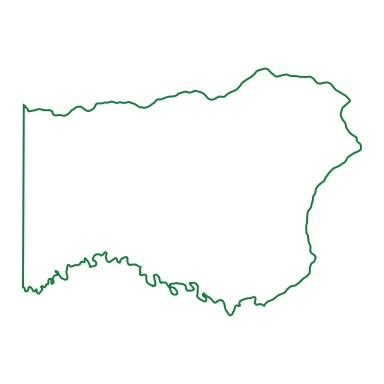 Puerto Carreño, Vichada, Colombia
{"feature_id": "7082276B50420641639319", "entity_name": "Puerto Carreño", "entity_type": "district", "adm_level": 2, "iso_a3": "COL", "parent_name": "Colombia", "parent_adm1": "Vichada", "projection": "mercator", "projection_center": [-67.983, 5.813], "detail": "fine", "context": "isolated", "style": "outline", "palette": "green", "viewbox_px": 384, "rotation_deg": 0, "n_neighbors": 0, "source": "geoboundaries", "source_scale": "gbopen_adm2", "svg_char_len": 5912}
<svg xmlns="http://www.w3.org/2000/svg" viewBox="0 0 384 384"><path d="M23.0,287.3L23.9,287.5L24.4,287.9L24.9,289.2L25.1,290.8L26.1,291.4L27.1,291.2L28.0,290.4L28.8,287.4L29.6,287.0L30.2,287.1L31.2,287.8L32.9,290.1L33.3,291.1L33.8,291.5L34.7,291.4L35.4,290.6L35.8,289.6L36.3,289.5L36.6,289.8L36.8,291.7L37.2,292.8L38.2,293.5L39.1,293.6L42.2,289.8L42.2,288.8L41.1,287.2L41.2,286.7L42.2,286.1L42.7,286.2L43.7,287.1L44.6,287.2L45.6,286.2L46.1,284.7L47.0,284.2L47.9,284.2L48.4,283.2L48.3,280.5L48.9,279.4L49.8,278.8L50.4,278.8L51.0,279.3L51.4,280.6L51.4,283.4L51.6,283.6L52.2,283.8L53.2,283.1L53.6,282.2L53.6,281.3L53.4,280.3L52.5,278.6L52.7,278.1L53.7,276.9L53.8,276.3L54.3,275.8L55.0,275.4L57.0,275.0L57.4,274.6L57.5,274.0L57.0,273.1L55.7,271.9L55.6,271.2L57.3,271.6L57.8,272.1L59.1,274.9L61.2,277.9L64.4,279.5L65.7,279.7L67.3,278.7L67.4,278.2L67.3,275.9L66.6,273.7L66.4,272.0L67.5,265.9L67.9,265.1L68.7,264.9L70.6,266.4L71.3,266.6L75.2,265.1L77.4,265.2L78.6,264.9L80.2,263.8L80.7,262.4L81.3,261.8L84.5,262.0L84.6,259.1L85.0,258.5L85.5,258.4L86.3,259.6L87.7,261.1L88.6,262.5L89.5,264.5L90.1,266.7L90.7,266.9L91.6,266.5L94.5,266.0L95.8,265.2L96.2,264.3L96.3,263.7L96.0,262.5L95.4,261.3L94.3,260.6L93.1,260.4L92.8,260.0L93.1,257.8L94.3,255.8L96.2,254.4L98.7,254.3L99.5,254.3L101.0,255.5L101.6,255.5L103.3,254.4L104.6,252.5L105.7,252.3L106.3,252.6L106.6,253.5L105.8,257.1L105.9,257.8L106.8,260.5L107.8,261.6L109.2,262.0L110.4,261.7L114.0,258.9L115.2,258.3L116.2,258.2L116.8,258.8L117.1,260.4L117.8,262.0L118.8,262.5L119.5,262.6L120.1,262.1L120.0,261.3L120.4,260.3L121.7,258.7L124.5,257.4L126.3,257.0L126.9,257.3L127.4,258.1L127.5,259.5L127.3,261.3L128.2,263.9L129.0,264.6L130.0,265.1L130.8,264.7L135.3,264.5L136.9,265.2L138.2,266.1L140.5,267.0L140.7,267.3L140.6,267.9L139.8,269.4L139.7,270.0L140.6,272.4L139.8,273.3L139.9,274.2L140.9,275.1L142.7,275.1L144.2,274.6L145.0,274.6L145.8,275.1L146.4,276.5L146.3,280.0L146.8,281.8L148.2,283.3L150.7,285.0L152.6,285.7L153.2,285.5L153.5,285.8L153.3,286.2L153.5,286.2L155.5,285.1L155.4,284.8L155.1,284.8L155.5,283.6L155.1,282.9L155.1,281.3L154.4,279.5L154.4,277.6L153.8,275.6L155.1,274.7L156.0,274.7L157.7,275.6L159.1,277.2L160.0,281.5L160.6,282.6L161.3,282.9L161.8,282.4L162.4,282.3L164.9,282.5L166.2,283.1L169.5,287.7L171.5,292.9L172.6,294.0L174.1,294.6L176.0,294.6L177.0,294.0L177.3,292.7L177.2,291.8L175.6,289.2L174.8,288.4L173.5,287.6L171.4,287.2L170.4,286.6L170.0,285.6L169.9,284.9L170.4,284.0L176.0,283.2L182.1,283.9L183.9,284.5L185.1,285.2L185.5,285.7L185.8,286.3L185.9,288.2L186.8,290.2L187.3,290.5L188.3,290.7L192.1,290.5L193.5,289.8L193.9,289.1L193.5,288.2L189.9,283.9L190.1,283.0L193.0,282.8L194.0,282.9L196.1,283.8L197.3,285.1L197.8,286.2L197.6,293.5L197.1,296.0L197.8,297.4L200.8,299.8L204.4,301.5L205.4,301.4L206.0,300.8L206.3,299.7L206.2,298.1L203.2,295.8L202.8,295.0L203.2,293.8L204.0,293.4L204.9,294.6L206.4,295.9L208.7,297.0L210.8,298.6L214.2,302.5L214.9,302.7L216.3,302.2L217.6,301.0L220.1,300.0L222.4,300.6L223.2,301.4L223.9,302.9L224.7,305.6L225.6,309.9L226.8,311.2L227.5,312.6L229.0,314.7L230.0,315.4L230.4,315.4L232.4,314.1L233.1,312.0L233.6,311.4L234.5,309.2L235.1,306.7L235.6,305.8L236.2,305.5L237.3,305.5L238.8,306.0L239.6,305.9L240.0,305.3L239.3,304.3L239.3,302.8L240.3,301.0L242.8,299.7L246.3,298.6L250.4,298.0L253.7,297.1L254.7,297.1L255.4,297.9L255.5,299.5L254.7,303.0L255.2,303.5L255.5,304.1L256.6,304.7L257.2,304.8L258.4,304.3L260.6,304.1L262.3,304.7L264.0,305.8L265.5,303.6L267.7,301.6L273.0,299.5L278.2,295.4L284.9,292.5L287.1,289.3L289.8,287.0L291.2,286.3L294.1,285.7L295.9,285.1L299.6,282.2L303.2,278.6L307.1,276.0L309.4,273.5L309.8,271.5L309.8,268.2L310.8,264.7L311.7,263.2L313.4,262.3L314.1,261.6L315.4,258.6L315.6,257.1L314.7,255.5L311.5,253.1L310.5,251.7L310.3,250.2L310.5,246.3L308.8,242.4L308.4,240.3L308.4,238.6L308.0,237.6L308.0,235.7L306.6,233.2L306.3,232.2L306.2,225.5L307.0,222.4L307.4,214.3L307.9,211.6L310.7,207.8L311.4,205.6L311.8,203.4L312.7,201.0L313.2,196.5L315.2,193.1L316.0,188.6L318.3,185.5L321.1,183.1L324.1,181.0L325.7,177.6L329.4,172.4L331.7,170.0L333.9,168.2L338.9,166.0L344.6,162.2L345.6,161.2L346.9,158.6L348.2,156.9L353.5,153.4L359.4,150.8L360.5,149.8L361.0,148.3L360.9,145.9L360.4,144.2L357.8,142.0L356.7,140.6L356.7,137.7L352.0,134.6L349.9,132.8L348.9,131.6L346.1,127.3L345.6,124.2L345.0,122.7L342.5,119.5L340.9,116.0L340.7,114.3L341.2,111.7L342.7,107.6L349.8,101.3L350.0,100.9L349.8,100.1L347.3,97.3L345.8,95.9L340.9,92.8L336.5,90.4L334.9,88.9L331.0,84.1L328.3,82.7L326.2,82.4L320.9,83.5L318.6,83.6L316.3,82.3L313.6,78.9L312.6,78.0L310.9,77.0L309.3,76.6L305.4,77.0L299.7,76.8L296.4,76.1L291.4,76.0L289.6,75.6L286.8,74.4L282.6,75.1L277.7,76.6L276.5,76.6L274.5,75.7L273.2,74.4L271.7,73.3L268.0,69.5L266.6,68.8L264.9,68.6L258.9,70.2L256.3,71.6L254.5,74.0L252.7,75.7L249.5,78.0L246.8,79.5L242.5,82.5L240.2,85.7L237.7,88.6L236.1,89.9L230.1,92.5L227.4,94.2L224.4,96.7L222.8,96.9L220.3,96.5L218.8,96.7L213.7,99.3L212.7,99.6L210.5,99.6L208.9,98.9L207.2,97.6L205.6,95.5L203.8,93.8L200.6,92.1L195.7,90.9L194.0,91.1L192.0,92.1L190.3,92.5L188.4,92.5L186.6,91.8L185.1,91.7L182.5,92.3L180.0,93.3L178.8,93.5L177.9,94.1L176.9,95.2L174.3,96.2L167.8,96.8L161.4,99.3L157.4,99.4L156.0,100.6L154.6,102.5L152.6,103.7L150.8,105.2L148.0,106.9L145.5,107.6L143.8,107.8L142.5,107.4L140.3,107.4L137.4,105.8L136.2,104.9L134.0,103.7L130.9,102.8L129.5,102.1L127.6,102.1L126.1,102.7L124.5,102.9L122.4,102.8L120.1,102.2L116.6,103.0L112.7,101.8L111.4,101.6L107.9,102.6L104.6,102.5L102.0,103.4L98.4,103.4L96.7,103.7L95.8,104.6L94.6,107.3L93.6,108.5L91.0,110.3L89.0,111.0L86.7,110.8L80.7,106.6L77.8,106.8L75.8,107.5L73.8,109.1L71.3,110.6L69.7,112.6L68.3,113.8L66.9,114.7L64.5,115.8L59.3,115.0L56.2,115.4L54.2,115.1L52.8,113.7L52.1,111.4L50.9,110.6L49.5,110.2L44.3,110.2L40.0,109.1L38.6,109.1L35.0,110.2L28.8,111.4L28.2,110.9L27.9,109.5L27.4,108.8L26.0,107.5L24.8,105.8L23.8,105.2L23.0,287.3Z" fill="none" stroke="#15803d" stroke-width="2"/></svg>